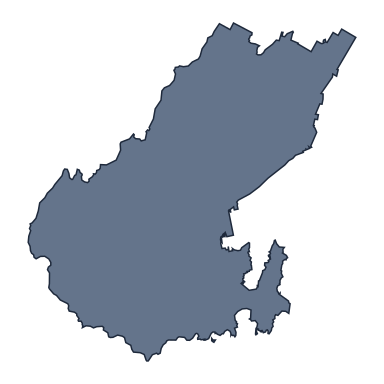 Wellington City, Wellington, New Zealand (orthographic projection)
{"feature_id": "76426892B25406189221199", "entity_name": "Wellington City", "entity_type": "district", "adm_level": 2, "iso_a3": "NZL", "parent_name": "New Zealand", "parent_adm1": "Wellington", "projection": "orthographic", "projection_center": [174.755, -41.253], "detail": "fine", "context": "isolated", "style": "filled", "palette": "slate", "viewbox_px": 384, "rotation_deg": 0, "n_neighbors": 0, "source": "geoboundaries", "source_scale": "gbopen_adm2", "svg_char_len": 5962}
<svg xmlns="http://www.w3.org/2000/svg" viewBox="0 0 384 384"><path d="M219.4,23.7L214.2,31.4L212.2,35.7L207.8,37.9L206.9,42.0L202.1,48.8L200.1,56.2L198.4,59.0L192.3,62.0L188.3,66.0L183.5,66.7L179.5,65.9L178.4,67.0L175.3,67.4L174.8,69.6L173.9,70.2L175.5,74.0L174.1,80.3L169.6,85.5L164.4,87.8L161.9,90.9L161.0,100.2L155.2,108.8L153.4,119.0L149.1,127.5L149.8,128.9L149.5,129.7L148.8,130.6L147.6,129.9L146.0,131.8L146.7,132.7L145.2,139.8L141.2,140.9L139.7,139.0L135.6,138.7L133.7,137.0L134.2,134.7L133.5,134.0L129.5,138.9L121.0,142.2L120.2,143.9L120.6,150.2L116.2,160.1L106.5,164.9L100.5,164.6L100.2,168.2L99.2,169.6L96.7,170.5L96.5,172.5L95.4,174.0L93.5,173.8L93.7,174.7L92.4,176.7L88.9,179.2L89.1,181.2L87.6,182.6L84.5,181.9L81.8,180.0L81.4,176.5L82.2,174.9L81.8,173.7L80.1,172.6L79.3,170.1L77.3,169.3L76.0,174.8L74.7,175.4L72.6,179.4L71.8,179.5L69.6,177.8L68.9,173.4L67.3,169.4L64.7,169.0L63.4,170.9L62.1,175.7L54.9,184.4L52.6,188.1L47.3,193.2L44.9,197.7L39.7,202.9L38.3,210.9L36.0,218.3L32.1,222.9L30.1,223.9L30.7,225.6L29.5,228.6L30.7,230.6L28.8,236.2L28.2,242.4L30.1,246.4L30.5,250.7L31.6,253.2L33.6,254.7L34.1,257.3L36.1,258.8L40.5,256.4L44.8,256.3L48.8,258.9L50.8,262.4L50.8,265.2L48.4,267.1L47.5,269.7L49.5,272.9L49.4,283.8L48.8,287.4L49.3,288.7L53.7,293.9L56.5,295.4L60.3,300.0L67.8,303.7L68.7,305.7L68.2,308.5L69.2,311.1L74.5,312.2L76.7,313.8L76.8,315.5L79.0,318.5L78.1,320.1L78.5,321.2L81.1,321.2L82.3,323.3L82.2,324.8L82.9,325.6L82.4,327.6L86.0,325.8L90.4,326.2L93.5,327.9L96.7,326.7L102.2,326.3L103.7,327.5L103.4,330.0L107.8,332.7L108.7,336.8L110.3,337.5L113.0,337.3L117.6,335.1L122.4,336.2L124.5,337.6L125.8,342.6L130.8,345.3L131.8,349.3L133.5,352.1L140.2,352.7L144.2,354.5L146.1,360.1L146.8,361.0L148.3,360.9L152.4,354.7L156.6,353.2L158.0,354.3L160.2,353.2L161.2,348.4L163.2,344.8L165.8,342.8L166.7,340.9L168.5,340.0L175.9,340.1L177.6,337.6L179.1,336.8L184.6,337.4L186.8,340.2L189.7,340.3L192.6,338.2L195.6,333.7L196.8,333.4L197.8,334.0L198.8,336.1L197.6,338.1L197.7,339.3L200.2,339.1L201.0,339.8L204.5,339.2L204.0,340.1L205.1,340.2L208.6,338.7L211.2,333.4L212.9,332.0L215.0,332.1L215.1,333.5L216.5,333.2L217.1,334.1L220.1,335.4L222.4,333.6L223.4,333.8L224.7,331.4L227.3,329.7L230.0,331.2L230.9,333.4L230.9,335.2L231.3,334.5L232.5,335.5L233.8,335.3L234.9,336.8L235.8,335.5L236.0,332.3L234.5,328.2L237.4,327.1L236.8,325.5L237.5,323.8L236.2,323.1L236.6,321.9L235.2,320.3L234.5,315.4L237.7,311.5L242.3,308.9L246.9,308.5L251.0,310.0L250.6,318.3L248.7,319.3L250.2,318.9L251.5,321.0L255.3,320.6L257.6,323.6L257.0,326.8L256.0,328.5L255.5,334.1L255.9,334.8L257.4,333.7L255.9,330.2L257.4,328.8L258.4,329.1L258.1,330.1L259.8,330.6L260.4,331.6L261.3,331.8L261.3,330.7L262.1,330.5L263.3,332.7L265.6,331.9L266.3,330.2L267.4,329.9L268.1,331.0L268.0,333.5L269.1,333.8L271.3,330.6L271.8,327.9L273.1,326.4L272.4,323.6L273.7,321.9L272.8,319.9L274.9,318.6L274.8,316.3L275.6,314.7L277.9,315.4L281.9,311.1L285.7,311.3L288.8,313.4L290.1,303.7L288.8,302.8L288.5,301.0L279.4,294.4L280.1,293.4L280.1,293.2L279.3,294.3L278.7,293.9L278.4,292.3L277.4,291.6L276.8,288.3L277.7,285.8L280.0,284.6L279.5,283.4L280.0,283.1L280.0,280.3L281.4,277.8L282.9,276.8L281.3,273.3L281.7,271.0L280.9,270.5L281.8,265.0L282.7,263.6L282.6,261.2L284.6,259.6L286.1,259.8L286.3,258.6L287.6,257.7L286.4,255.4L282.5,253.0L283.1,252.5L282.9,249.3L284.3,247.4L279.3,247.0L276.6,243.7L275.2,240.1L274.4,240.5L273.7,243.7L272.3,245.7L270.5,250.9L269.1,251.9L270.2,252.5L270.5,253.7L268.4,255.4L268.8,257.2L268.7,255.5L269.3,255.6L269.6,257.4L270.1,256.7L270.5,259.1L268.2,260.4L268.8,261.6L268.1,262.5L264.8,262.9L264.6,265.4L266.0,267.2L264.9,269.6L262.7,270.7L262.5,272.7L259.4,280.6L258.8,281.0L258.6,280.3L258.1,286.8L257.5,286.8L257.2,284.7L257.4,287.1L256.2,289.1L249.2,290.3L241.7,284.0L243.5,283.9L241.2,283.4L244.1,283.1L241.7,282.9L242.5,282.1L244.0,282.1L242.5,282.1L243.5,281.1L245.2,282.3L242.8,279.9L242.8,278.5L243.6,278.3L243.8,276.9L243.3,276.4L244.1,275.3L243.7,273.8L245.6,273.5L246.9,271.7L247.5,273.1L247.3,271.6L249.3,271.3L249.5,270.2L251.9,269.6L251.4,265.3L250.9,264.9L251.4,262.0L250.0,260.5L251.1,257.9L248.9,256.0L249.0,254.5L247.9,252.7L248.3,251.7L249.4,251.7L248.7,249.2L249.5,247.6L249.5,243.1L248.7,242.6L241.7,247.7L240.5,250.2L238.0,250.7L234.4,249.9L232.7,248.7L233.0,249.4L232.2,249.8L232.6,250.7L229.0,251.5L228.3,246.5L228.2,249.7L226.2,249.9L225.2,248.1L222.0,248.5L220.7,243.2L221.1,241.3L222.0,242.4L221.6,239.4L220.8,240.9L220.5,239.7L220.8,237.0L221.8,236.3L222.4,237.8L222.2,236.3L222.6,235.4L223.4,237.4L222.9,234.4L223.5,233.9L224.4,236.6L225.0,236.6L224.4,233.5L225.2,232.4L226.9,236.7L233.4,235.2L228.5,210.8L229.1,210.1L229.4,210.7L229.3,210.0L229.9,212.3L229.7,211.0L230.1,210.8L229.4,209.9L230.0,209.8L230.9,212.7L230.2,209.5L233.6,206.9L234.3,209.9L238.0,209.1L237.2,205.4L237.6,203.8L236.7,202.1L238.3,200.1L249.8,193.9L259.4,186.6L268.1,178.1L284.9,164.9L288.7,160.7L292.8,158.4L295.5,155.3L303.3,152.4L302.7,151.3L306.0,149.9L306.0,149.1L306.7,149.6L309.6,148.4L309.0,146.9L310.1,147.7L311.6,147.3L310.8,145.9L316.7,132.3L314.9,128.0L313.8,126.9L314.2,125.7L313.4,125.6L314.8,119.2L317.5,119.6L318.4,114.7L315.5,114.2L319.8,103.9L322.0,104.2L323.0,99.2L323.1,94.0L321.0,93.5L332.4,77.1L332.8,74.0L336.6,76.2L338.2,69.8L337.0,69.4L355.8,37.4L341.7,29.1L338.1,35.4L333.1,32.5L327.1,42.5L325.9,42.1L325.2,39.4L323.6,40.1L323.2,41.8L324.2,42.6L322.7,43.5L321.1,43.5L317.0,41.2L311.1,51.7L297.8,43.9L298.2,43.2L290.9,40.1L292.4,33.8L293.3,32.2L292.8,31.3L287.2,33.7L284.7,36.7L282.0,36.1L283.0,32.4L281.7,32.2L279.2,40.6L276.3,40.1L272.5,44.3L265.2,49.8L263.5,52.7L261.0,54.8L258.0,54.9L256.5,54.0L257.1,52.2L256.8,50.7L257.5,47.3L259.4,45.8L255.3,43.9L251.0,43.2L248.9,41.6L249.5,40.3L248.7,39.5L248.9,38.5L249.6,38.0L250.0,36.1L251.9,34.9L252.0,32.7L233.5,23.0L230.1,29.6L219.4,23.7ZM215.4,340.0L213.0,340.0L212.4,341.4L213.9,342.3L215.4,340.0ZM211.7,340.3L212.9,339.9L211.7,338.4L211.7,340.3Z" fill="#64748b" stroke="#1e293b" stroke-width="1.5"/></svg>